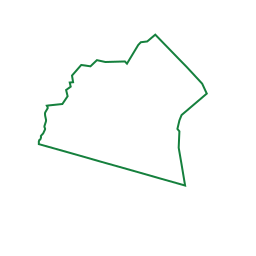 Edgefield, South Carolina, United States of America (Equal Earth projection), rotated 62°
{"feature_id": "52423323B30535713106767", "entity_name": "Edgefield", "entity_type": "district", "adm_level": 2, "iso_a3": "USA", "parent_name": "United States of America", "parent_adm1": "South Carolina", "projection": "equal_earth", "projection_center": [-82.027, 33.754], "detail": "fine", "context": "isolated", "style": "outline", "palette": "green", "viewbox_px": 256, "rotation_deg": 62, "n_neighbors": 0, "source": "geoboundaries", "source_scale": "gbopen_adm2", "svg_char_len": 792}
<svg xmlns="http://www.w3.org/2000/svg" viewBox="0 0 256 256"><g transform="rotate(62 128 128)"><path d="M101.4,47.6L90.2,50.9L58.4,60.1L60.6,70.4L58.3,76.4L59.5,80.0L70.7,98.7L67.8,99.5L59.1,117.0L53.5,123.6L55.9,132.2L50.4,139.7L55.4,152.8L61.8,155.0L60.5,158.1L64.6,159.2L65.4,164.8L71.6,166.4L76.0,174.7L70.7,187.8L70.2,189.2L71.9,189.2L72.8,189.6L75.0,193.2L75.7,194.1L76.4,194.6L78.3,195.4L82.5,196.6L83.7,197.4L87.0,200.8L87.6,201.2L87.8,201.3L89.6,201.5L90.3,201.9L93.0,205.5L93.7,207.6L94.2,208.7L95.6,209.3L97.0,210.9L97.0,212.0L98.1,213.1L100.4,214.3L121.3,192.4L123.3,190.3L144.7,168.1L168.6,143.1L187.0,124.0L205.6,104.6L185.3,97.8L169.2,92.5L155.1,84.2L152.0,84.8L145.4,79.0L141.7,74.6L134.6,42.3L123.7,41.7L101.4,47.6Z" fill="none" stroke="#15803d" stroke-width="2"/></g></svg>